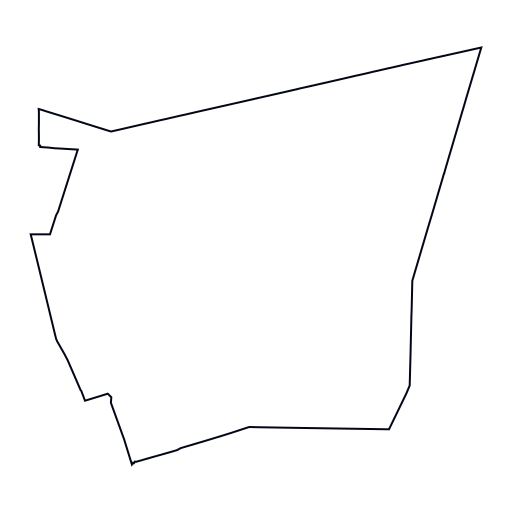 Trancoso, Zacatecas, Mexico (Albers equal-area conic projection)
{"feature_id": "50627088B44241590316005", "entity_name": "Trancoso", "entity_type": "district", "adm_level": 2, "iso_a3": "MEX", "parent_name": "Mexico", "parent_adm1": "Zacatecas", "projection": "albers", "projection_center": [-102.327, 22.755], "detail": "fine", "context": "isolated", "style": "outline", "palette": "ink", "viewbox_px": 512, "rotation_deg": 0, "n_neighbors": 0, "source": "geoboundaries", "source_scale": "gbopen_adm2", "svg_char_len": 1535}
<svg xmlns="http://www.w3.org/2000/svg" viewBox="0 0 512 512"><path d="M131.9,464.5L132.7,463.3L132.8,463.5L133.8,463.4L134.1,463.0L134.0,462.8L134.8,461.6L136.0,461.8L137.2,461.5L149.7,457.9L171.3,451.8L177.1,450.1L180.7,448.1L199.0,442.7L201.1,442.1L208.4,439.9L223.5,435.3L230.2,433.2L249.2,427.0L256.8,427.2L298.6,427.9L389.0,429.3L406.4,393.4L409.7,385.5L410.5,355.1L411.3,320.6L411.4,315.8L411.6,310.9L411.9,299.1L412.3,280.8L427.5,229.3L429.9,221.3L432.1,214.0L433.6,208.9L444.0,173.5L444.2,173.4L445.3,169.3L449.2,156.0L451.9,146.9L461.5,114.2L464.2,105.2L466.3,97.9L475.0,68.7L481.3,47.5L434.0,58.0L406.4,64.2L404.0,64.7L399.5,65.8L389.8,68.0L388.7,68.2L384.8,69.1L384.1,69.3L382.6,69.6L377.9,70.7L372.0,72.0L370.1,72.5L366.7,73.3L359.2,75.0L356.3,75.6L339.5,79.5L329.0,81.9L297.9,88.9L297.8,89.0L224.8,105.6L201.7,110.8L184.3,114.8L180.1,115.7L170.6,117.9L165.5,119.1L160.8,120.1L149.6,122.7L149.0,122.8L148.6,122.9L148.1,123.0L147.6,123.2L147.1,123.3L146.3,123.4L146.0,123.5L143.8,124.0L130.3,127.1L119.1,129.7L111.0,131.5L107.4,130.4L95.8,126.8L65.6,117.3L45.8,111.2L44.0,110.6L42.2,110.0L40.4,109.5L38.7,109.0L38.9,111.9L38.9,123.6L38.8,129.9L38.9,134.8L38.9,139.8L38.8,145.3L40.2,145.6L40.2,147.0L48.9,147.6L55.1,148.3L56.0,148.3L77.8,149.6L68.8,177.8L58.1,211.5L56.1,215.3L50.0,234.3L30.7,234.3L39.4,269.9L39.9,272.0L56.0,338.5L57.1,341.2L64.3,353.8L67.7,360.3L80.6,390.1L81.3,390.9L85.0,400.7L89.0,399.5L107.7,393.7L111.3,397.2L110.9,402.8L124.1,439.3L131.9,464.5Z" fill="none" stroke="#020617" stroke-width="2"/></svg>